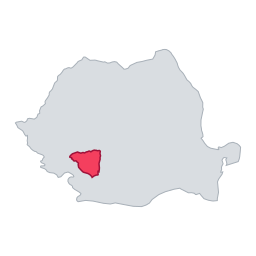 Gorj highlighted on a map of Romania
{"feature_id": "ROU-123", "entity_name": "Gorj", "entity_type": "County", "adm_level": 1, "iso_a3": "ROU", "parent_name": "Romania", "parent_adm1": "", "projection": "orthographic", "projection_center": [23.299, 44.951], "detail": "fine", "context": "in_parent", "style": "filled", "palette": "rose", "viewbox_px": 256, "rotation_deg": 0, "n_neighbors": 0, "source": "natural_earth", "source_scale": "10m", "svg_char_len": 4670}
<svg xmlns="http://www.w3.org/2000/svg" viewBox="0 0 256 256"><path d="M204.6,143.2L207.4,146.5L210.7,148.2L218.2,149.7L218.8,149.4L218.9,149.0L218.3,148.6L218.2,147.9L218.5,147.1L219.5,147.0L221.2,147.6L224.3,146.3L228.8,143.2L233.0,142.3L237.1,143.7L239.2,145.4L240.6,147.2L240.4,149.5L240.3,150.9L239.7,156.8L239.2,159.0L238.2,161.6L226.2,165.4L226.9,163.9L226.4,161.5L225.8,159.7L226.8,157.9L224.0,157.5L222.9,158.5L222.0,160.2L223.1,163.8L221.9,166.0L221.5,167.1L221.6,169.8L220.9,171.1L220.8,172.3L222.8,171.9L222.0,174.3L218.7,179.0L217.5,181.8L218.5,192.3L217.3,198.8L217.3,200.6L213.3,201.0L212.1,200.9L208.3,200.2L204.0,198.7L201.3,195.6L199.6,193.4L196.1,194.6L195.4,194.4L194.4,193.3L191.7,192.7L188.4,192.8L180.7,188.9L179.9,188.2L174.1,189.2L165.4,191.7L158.8,194.6L152.1,199.5L149.4,203.1L146.2,205.0L141.6,206.6L133.3,206.3L124.6,204.7L115.3,202.9L110.3,204.0L103.5,203.3L93.2,201.1L85.6,200.4L78.1,201.7L76.9,200.7L76.6,199.5L76.9,197.8L78.0,196.5L79.8,195.5L80.7,194.5L80.9,193.4L78.8,191.8L74.7,189.4L73.0,188.0L72.6,187.6L72.5,186.3L71.6,185.3L70.0,184.5L68.8,183.2L67.9,181.2L68.1,179.3L69.4,177.6L71.0,176.9L73.0,177.1L73.8,176.7L73.5,175.4L71.6,173.9L68.1,172.0L64.5,173.0L60.8,176.8L58.2,177.4L56.7,174.8L53.8,173.1L49.7,172.6L47.2,171.5L46.3,170.0L44.6,168.7L40.7,167.4L40.6,166.2L41.3,165.9L42.7,165.9L44.6,165.7L44.9,165.0L44.9,164.4L43.5,163.5L42.0,163.0L41.2,162.4L40.7,161.8L40.6,161.2L41.1,160.8L41.7,160.8L42.3,160.4L42.7,159.0L43.5,157.8L44.1,157.4L44.1,156.6L43.5,155.7L42.7,155.0L41.5,154.5L37.8,153.2L36.0,151.5L34.8,151.4L33.0,150.4L31.1,148.8L29.5,146.6L27.7,145.2L27.2,144.6L27.2,144.1L27.6,143.5L27.6,142.9L27.2,140.8L27.5,138.6L27.5,136.5L27.5,135.6L27.2,135.3L26.9,135.6L26.4,136.0L26.0,136.1L24.7,134.5L23.1,131.4L22.0,130.3L19.8,128.9L17.9,127.6L16.7,125.0L15.4,123.0L16.3,122.2L21.7,121.2L24.2,122.4L25.3,122.1L26.4,121.2L27.0,120.5L27.2,119.7L27.7,118.7L29.5,118.3L34.3,119.1L36.3,117.7L37.0,117.0L37.5,115.4L38.0,114.1L39.7,113.4L39.7,112.2L39.5,110.9L40.6,108.0L41.2,106.8L42.2,106.4L43.4,105.5L45.4,103.6L45.0,101.9L45.4,100.7L47.6,97.7L49.2,94.9L49.2,93.4L49.5,92.1L50.9,90.8L52.4,89.0L54.5,83.4L55.2,82.4L56.5,81.4L57.4,80.3L57.6,76.6L58.5,75.5L60.2,74.4L61.9,72.4L63.3,70.2L64.4,69.1L65.8,68.8L67.3,68.0L69.0,67.6L70.6,68.1L71.7,67.9L73.2,66.8L77.3,62.6L77.8,61.8L78.7,61.2L81.9,59.8L82.7,58.3L83.8,57.0L85.3,57.1L90.0,60.3L95.0,60.1L95.9,60.3L96.2,60.3L96.8,60.6L103.5,62.1L104.5,61.9L104.8,61.8L107.5,63.1L109.9,62.9L112.1,62.0L114.5,61.6L116.7,62.1L118.3,63.9L122.7,67.8L124.0,69.2L125.9,69.0L128.1,68.2L130.2,65.5L136.9,62.4L142.0,61.5L146.9,60.2L152.7,59.1L154.2,56.6L155.1,54.9L155.6,51.8L158.7,50.8L161.6,50.1L162.7,49.6L164.8,49.4L166.5,49.6L169.1,51.0L171.0,52.8L171.8,54.3L173.4,56.4L175.2,59.3L177.2,63.2L177.7,65.2L178.5,67.4L180.0,70.0L182.7,72.8L183.1,73.3L184.4,75.3L186.9,79.8L188.9,81.5L190.7,83.4L191.6,85.4L192.9,87.2L195.8,89.4L198.2,91.5L200.4,97.7L201.8,100.5L202.8,102.7L202.7,107.2L203.3,109.1L202.5,112.7L201.0,119.9L200.9,125.6L201.4,128.6L201.6,130.6L202.1,131.8L202.8,134.3L203.0,136.6L202.3,137.3L201.4,137.8L201.1,138.3L202.0,139.3L203.3,141.1L204.6,143.2Z" fill="#d9dde1" stroke="#a8b0b8" stroke-width="1"/><path d="M90.8,151.8L91.1,151.7L91.5,151.3L92.8,150.6L94.3,150.1L95.0,150.3L96.2,150.3L96.5,150.4L96.9,150.6L97.3,150.7L97.7,150.7L99.2,150.5L99.4,150.5L99.6,150.6L100.0,150.9L100.2,151.2L100.3,151.6L100.0,152.9L100.0,153.6L100.2,154.5L100.4,155.1L100.5,155.6L100.5,156.0L100.1,157.2L100.0,157.6L100.1,158.8L100.1,159.3L99.4,161.9L99.2,162.7L99.1,163.1L99.0,163.8L99.4,167.7L99.3,169.5L99.0,171.5L98.7,171.2L98.4,171.1L98.1,171.1L98.0,171.3L98.0,171.5L98.0,171.8L98.0,172.0L98.0,172.3L98.1,172.6L98.0,173.0L98.0,173.5L98.0,173.9L98.1,174.2L98.1,174.4L98.1,174.7L98.0,174.8L97.7,175.0L96.6,175.0L94.3,175.8L92.1,177.4L91.7,176.5L91.4,176.2L90.1,174.8L88.5,173.8L87.9,173.5L83.7,172.3L83.3,172.1L82.7,171.7L80.9,169.9L78.7,167.4L78.6,167.1L78.5,166.7L78.4,165.9L78.4,165.6L78.2,165.1L78.2,164.7L78.2,164.4L78.3,163.9L78.4,163.6L78.4,163.3L78.3,163.0L78.0,162.7L77.4,162.3L77.0,161.9L76.7,161.6L76.6,161.3L76.3,161.1L76.0,160.9L75.6,160.9L74.4,161.0L74.0,160.9L73.6,160.7L72.6,159.3L71.7,158.9L71.8,158.1L71.7,157.9L71.5,157.7L71.3,157.6L70.4,157.5L70.1,157.4L69.9,157.3L69.8,157.0L69.8,156.6L70.0,156.2L70.7,155.3L72.4,153.8L77.5,152.0L78.0,152.1L78.2,152.3L78.4,152.5L78.7,152.6L79.7,152.7L80.0,152.8L80.2,153.0L80.3,153.1L80.6,153.2L80.9,153.2L82.5,152.6L83.1,152.5L83.4,152.6L84.2,152.9L84.5,152.9L84.8,152.8L86.2,152.0L86.5,151.9L87.6,151.7L88.4,151.3L88.9,151.1L89.5,151.1L89.8,151.2L90.2,151.4L90.6,151.7L90.8,151.8Z" fill="#f43f5e" stroke="#9f1239" stroke-width="1.5"/></svg>